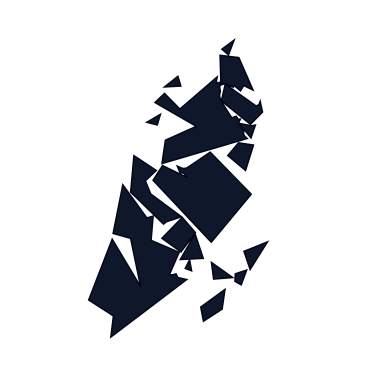 the district of Kepulauan Aru, Maluku, Indonesia, rotated 10°
{"feature_id": "22746128B17511076551422", "entity_name": "Kepulauan Aru", "entity_type": "district", "adm_level": 2, "iso_a3": "IDN", "parent_name": "Indonesia", "parent_adm1": "Maluku", "projection": "mercator", "projection_center": [134.564, -6.213], "detail": "medium", "context": "isolated", "style": "filled", "palette": "ink", "viewbox_px": 384, "rotation_deg": 10, "n_neighbors": 0, "source": "geoboundaries", "source_scale": "gbopen_adm2", "svg_char_len": 1892}
<svg xmlns="http://www.w3.org/2000/svg" viewBox="0 0 384 384"><g transform="rotate(10 192 192)"><path d="M122.6,196.9L121.5,246.5L139.6,248.3L157.8,294.1L121.6,252.3L109.0,316.3L136.1,327.7L137.3,348.9L202.0,279.1L192.8,278.7L190.5,275.4L187.2,276.9L184.9,277.4L184.2,277.0L189.8,253.7L160.1,246.7L157.9,222.5L152.1,225.4L122.6,196.9ZM250.7,183.9L203.0,149.6L182.9,169.1L180.0,170.3L178.1,170.3L173.0,169.1L176.6,174.7L177.1,175.0L179.4,174.9L181.2,175.4L181.8,175.8L182.2,176.8L182.4,176.3L185.2,178.7L158.4,171.1L151.6,187.2L219.7,238.1L250.7,183.9ZM184.8,126.6L156.8,145.6L157.5,169.2L237.1,129.7L234.0,127.7L232.7,125.9L232.3,123.4L232.5,121.9L229.9,121.2L225.8,116.2L227.0,111.8L224.8,112.5L222.5,109.7L218.3,112.0L204.9,97.5L202.4,92.8L202.3,88.9L202.6,88.4L201.0,83.6L201.3,80.9L200.1,79.2L198.5,80.7L196.8,78.9L196.8,74.3L165.7,112.4L147.8,99.7L140.0,110.3L184.8,126.6ZM128.5,166.3L131.6,202.8L169.5,228.6L172.2,225.6L185.9,218.2L151.7,201.1L144.1,189.1L153.1,177.0L128.5,166.3ZM206.0,79.9L205.1,97.2L237.8,115.2L247.6,101.0L243.4,90.9L242.8,94.3L240.2,96.2L206.0,79.9ZM195.9,52.5L201.9,81.6L206.0,79.3L214.5,81.7L215.1,79.8L222.2,84.0L224.5,78.2L234.4,81.0L214.8,51.5L195.9,52.5ZM186.8,218.7L170.4,242.8L191.5,253.0L202.4,231.4L186.8,218.7ZM241.4,282.2L220.6,303.8L225.7,317.3L242.0,302.1L241.4,282.2ZM214.6,255.4L202.3,232.7L192.2,260.5L214.6,255.4ZM275.0,228.0L253.5,241.4L262.7,258.2L275.0,228.0ZM244.4,135.1L229.3,135.5L220.9,149.9L241.0,161.5L244.4,135.1ZM246.9,269.2L223.4,258.0L228.4,274.0L246.9,269.2ZM238.9,116.5L226.3,116.2L240.7,128.5L242.8,115.1L238.9,116.5ZM147.4,121.0L135.4,131.2L146.1,132.0L147.4,121.0ZM204.1,50.6L207.1,35.1L196.6,46.2L204.1,50.6ZM162.6,89.6L158.0,80.5L146.7,93.3L162.6,89.6ZM259.4,259.4L248.9,265.0L249.8,272.5L256.6,274.9L259.4,259.4ZM205.3,269.7L201.4,259.1L198.6,268.4L205.3,269.7Z" fill="#0f172a" stroke="#020617" stroke-width="1.5"/></g></svg>